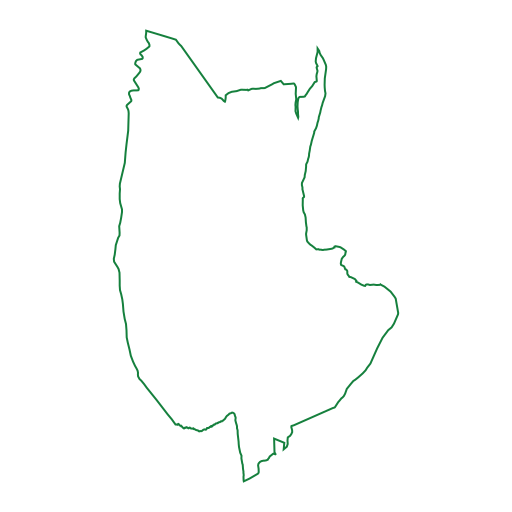 outline of San Miguel De Sema, Boyacá, Colombia
{"feature_id": "7082276B37024957383314", "entity_name": "San Miguel De Sema", "entity_type": "district", "adm_level": 2, "iso_a3": "COL", "parent_name": "Colombia", "parent_adm1": "Boyacá", "projection": "equal_earth", "projection_center": [-73.733, 5.533], "detail": "fine", "context": "isolated", "style": "outline", "palette": "green", "viewbox_px": 512, "rotation_deg": 0, "n_neighbors": 0, "source": "geoboundaries", "source_scale": "gbopen_adm2", "svg_char_len": 5972}
<svg xmlns="http://www.w3.org/2000/svg" viewBox="0 0 512 512"><path d="M380.4,284.4L380.2,284.6L379.4,284.9L377.3,285.0L376.3,285.0L373.7,284.6L369.9,285.0L367.9,284.4L366.5,284.5L365.8,284.8L365.2,285.9L364.2,285.8L361.3,284.6L358.1,282.6L356.1,281.7L356.4,280.8L354.8,279.0L350.8,277.1L349.3,276.9L348.9,276.1L347.8,274.7L347.5,274.2L347.3,273.3L347.3,271.4L347.2,270.9L346.6,270.0L346.1,269.5L345.4,269.4L345.1,269.0L344.6,267.4L344.2,266.6L343.7,266.1L341.2,265.0L341.0,264.6L340.8,263.4L341.0,262.0L341.8,258.7L343.3,256.7L344.2,256.0L345.0,255.0L345.4,253.8L345.4,253.0L345.8,251.9L345.9,251.2L343.9,249.5L340.5,247.3L339.2,246.9L335.5,246.2L334.5,246.6L334.5,247.5L333.8,247.7L332.6,248.5L331.4,248.8L326.4,249.6L324.3,249.7L323.0,250.0L321.8,249.9L321.2,249.7L319.3,249.7L318.6,249.2L316.3,249.4L314.2,247.5L311.4,245.3L310.6,244.9L309.1,243.5L307.3,241.5L306.9,240.3L306.1,234.7L306.1,233.5L306.7,230.3L306.7,227.5L306.4,226.2L305.9,222.3L305.6,217.5L304.9,214.4L303.7,212.3L303.2,210.3L302.7,205.3L302.8,199.6L302.7,198.7L302.9,198.0L304.0,197.0L304.1,196.2L302.4,189.1L302.5,188.1L302.4,187.2L301.9,185.2L301.9,183.7L302.0,182.8L302.4,182.0L304.6,177.3L304.8,174.9L305.7,171.1L306.1,166.7L306.1,164.8L306.3,164.0L307.5,161.7L308.3,158.3L308.6,157.6L309.0,155.8L309.1,153.7L309.7,150.7L310.3,146.5L310.9,144.8L311.8,140.7L314.2,132.8L314.2,131.9L314.3,131.4L316.0,128.3L316.9,125.7L317.5,122.8L318.2,120.7L318.7,118.6L318.8,117.2L320.2,112.6L320.6,110.5L321.5,106.9L322.0,105.6L322.7,102.8L325.1,96.2L325.5,93.4L325.0,90.8L324.7,87.5L324.6,84.8L324.8,78.3L326.1,69.1L326.2,66.7L325.8,64.8L323.7,59.9L322.9,58.2L320.6,54.9L319.7,53.0L319.2,50.9L317.6,48.5L317.6,52.0L316.0,58.2L315.7,61.4L316.0,62.9L317.6,66.1L317.2,66.7L316.8,66.9L316.6,67.6L317.5,70.9L317.3,72.1L316.7,74.1L316.4,76.3L316.8,81.0L316.5,81.5L314.7,82.1L312.2,86.1L309.9,88.7L307.4,92.6L306.8,93.7L305.3,95.6L305.2,96.0L304.8,96.5L303.4,96.8L300.0,96.9L299.5,97.0L298.6,97.9L298.3,98.6L297.7,102.1L297.6,104.1L297.5,106.3L297.7,109.2L298.0,111.8L298.0,113.9L298.3,116.9L298.1,117.8L296.2,113.5L295.5,111.2L295.6,106.9L295.4,105.0L295.6,102.6L296.2,99.5L296.2,98.7L295.7,93.8L296.0,87.7L295.9,86.9L294.8,84.6L294.2,83.7L293.6,83.5L290.9,83.8L283.7,84.3L280.8,80.9L273.9,83.2L272.1,84.3L264.9,88.0L264.3,88.1L261.1,88.1L259.3,88.6L255.8,88.9L253.0,88.7L251.5,88.9L248.2,90.4L247.6,89.7L246.4,89.9L241.4,89.7L240.6,89.8L236.7,91.1L231.7,91.8L228.5,93.1L225.7,95.3L225.7,97.8L225.5,99.2L225.1,101.3L224.9,101.7L223.8,101.0L222.6,99.6L221.6,98.6L219.9,97.8L217.8,97.5L181.2,46.0L179.9,44.8L178.5,43.3L175.9,39.7L171.5,38.3L146.2,30.7L146.2,32.8L145.7,36.4L145.7,37.4L146.7,39.8L147.8,41.8L148.7,42.9L149.4,44.7L149.5,46.1L149.1,46.7L146.4,48.9L144.0,50.5L140.3,52.5L140.1,53.3L140.5,54.4L141.5,55.2L142.6,56.8L142.7,57.7L142.6,58.4L142.1,58.9L138.4,59.6L137.4,59.8L136.8,60.2L135.9,61.2L135.4,62.6L135.2,63.5L135.3,64.4L140.0,68.4L140.4,69.5L140.5,70.5L140.2,71.6L139.1,73.1L136.4,76.4L134.3,78.4L133.8,79.5L133.9,80.4L138.3,87.3L138.8,88.6L138.7,89.5L138.4,90.2L137.0,90.4L133.7,90.4L131.5,90.7L130.1,91.3L129.4,92.0L129.0,93.0L129.1,94.5L129.8,95.9L130.3,97.5L131.4,100.1L131.2,101.2L127.0,105.0L126.6,105.8L126.6,106.6L128.1,109.5L128.5,111.1L128.7,113.4L128.2,130.7L126.5,144.3L125.6,152.5L124.8,162.9L119.9,183.6L119.7,186.4L120.0,189.3L119.7,193.5L119.7,199.1L120.2,203.1L122.0,209.4L122.0,212.1L121.1,218.1L120.2,222.8L119.2,226.2L119.6,232.8L119.5,235.5L118.2,237.7L115.8,245.1L115.4,249.3L114.7,254.8L113.8,258.8L114.1,261.7L117.6,267.2L118.6,269.1L119.5,272.7L119.7,280.9L119.7,285.7L120.0,290.1L121.2,294.3L122.3,299.4L122.9,304.0L123.5,311.6L124.7,318.9L126.0,324.0L126.5,330.4L126.7,337.4L127.8,342.7L129.5,349.5L130.8,355.7L133.0,361.5L135.0,365.8L136.6,368.6L137.6,370.7L138.0,372.8L137.9,374.4L138.1,376.4L139.5,379.0L141.3,380.7L144.1,384.1L146.7,387.7L156.6,400.0L167.7,414.4L171.7,419.2L175.5,424.5L176.5,424.6L177.1,424.4L177.6,424.7L178.3,423.9L178.6,424.0L179.7,425.4L180.4,425.7L181.0,425.7L181.2,426.3L181.8,426.4L182.6,427.4L183.8,428.4L184.2,428.4L184.7,427.8L185.3,427.9L185.8,427.8L186.2,427.2L186.7,427.2L188.3,428.3L189.5,427.6L190.0,427.7L190.4,428.3L192.3,428.7L193.3,428.3L193.7,428.6L193.9,429.1L194.7,429.2L195.8,429.9L196.7,430.2L197.9,430.4L198.6,431.1L199.2,431.4L200.1,431.0L200.9,431.2L201.7,431.1L203.3,429.8L204.3,429.4L204.9,429.4L205.3,429.7L205.9,429.7L206.7,428.8L207.1,428.0L208.7,428.0L209.7,427.0L210.1,427.0L210.7,426.3L211.1,426.4L211.5,426.7L211.9,426.5L211.9,425.9L212.7,425.8L213.4,424.9L214.1,424.5L214.6,424.7L215.8,423.5L217.0,423.4L217.5,422.9L217.9,423.0L218.8,422.3L220.0,422.1L220.7,421.4L221.8,421.4L222.3,420.8L222.9,420.7L225.1,418.7L225.9,417.2L226.9,415.9L228.5,414.7L229.5,413.6L230.8,413.3L232.0,412.6L232.8,412.7L233.5,413.1L234.1,413.5L234.6,414.2L234.9,415.6L235.6,417.4L235.6,418.4L235.4,419.6L235.4,420.5L236.0,422.8L236.8,425.4L237.0,426.4L237.0,428.2L237.6,430.3L237.7,433.9L238.6,441.8L238.7,443.9L239.0,446.9L240.2,452.7L241.5,455.7L241.4,458.4L242.3,463.6L242.7,464.6L243.0,468.7L243.5,472.0L243.4,472.9L243.6,473.8L243.7,475.3L243.5,476.8L243.6,480.2L243.8,481.3L249.5,478.6L257.9,473.7L258.6,472.7L258.7,471.7L258.6,468.8L258.1,465.4L258.4,463.9L258.9,463.1L260.0,461.9L261.5,461.1L263.4,460.7L264.2,460.7L266.1,460.4L267.8,459.7L268.2,458.8L268.9,458.1L269.7,456.5L273.1,453.8L273.6,453.7L275.3,454.3L275.5,454.1L274.5,452.3L274.1,438.6L284.3,442.8L283.7,449.3L286.8,446.7L287.7,444.0L287.5,440.4L287.8,437.4L290.1,435.8L291.3,434.1L292.2,432.1L292.1,430.1L291.3,427.0L291.5,426.0L293.8,425.3L332.7,408.1L334.6,407.5L335.0,407.1L338.3,402.0L339.3,400.9L341.5,398.2L342.3,397.7L343.8,396.1L345.1,393.7L346.8,388.9L351.0,383.7L353.3,381.0L355.3,379.7L358.3,377.3L362.7,373.4L365.6,370.3L367.2,367.7L370.4,363.6L377.2,348.3L382.6,337.7L388.2,330.2L391.6,327.4L394.0,323.6L398.0,314.4L398.2,313.0L395.7,298.6L394.5,296.7L390.6,291.6L384.4,286.6L380.6,284.6L380.4,284.4Z" fill="none" stroke="#15803d" stroke-width="2"/></svg>